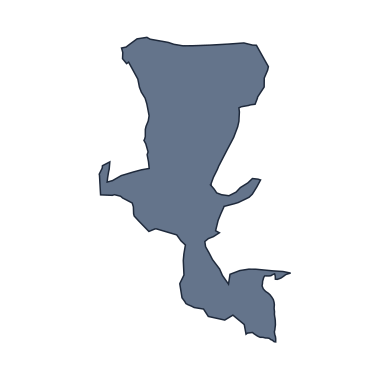 Bende, Abia, Nigeria, rotated 353°
{"feature_id": "59680162B50576086706147", "entity_name": "Bende", "entity_type": "district", "adm_level": 2, "iso_a3": "NGA", "parent_name": "Nigeria", "parent_adm1": "Abia", "projection": "robinson", "projection_center": [7.629, 5.638], "detail": "fine", "context": "isolated", "style": "filled", "palette": "slate", "viewbox_px": 384, "rotation_deg": 353, "n_neighbors": 0, "source": "geoboundaries", "source_scale": "gbopen_adm2", "svg_char_len": 2895}
<svg xmlns="http://www.w3.org/2000/svg" viewBox="0 0 384 384"><g transform="rotate(353 192 192)"><path d="M280.0,284.5L272.6,282.0L263.0,280.2L246.3,276.5L238.9,275.5L229.9,275.8L219.7,278.3L217.0,287.9L212.0,278.5L210.0,271.8L204.1,261.6L201.6,254.8L198.8,248.0L198.7,242.7L202.6,240.2L207.8,238.9L214.2,235.8L210.7,233.3L214.5,223.3L217.9,217.2L221.9,210.6L222.0,210.2L232.5,208.8L236.6,208.1L248.0,204.2L251.6,201.5L256.9,194.9L261.5,188.4L259.1,187.3L253.6,186.0L248.5,189.8L240.5,193.5L235.7,197.5L228.2,200.2L221.0,198.3L216.4,195.9L214.3,191.8L212.6,189.2L211.4,187.5L211.9,187.5L211.9,186.2L215.0,180.1L219.9,172.7L221.9,169.1L222.6,168.2L223.0,167.6L223.6,166.7L226.6,162.3L232.5,153.7L236.7,147.7L240.0,142.9L245.3,132.8L247.2,127.5L247.7,124.4L248.8,118.3L248.8,114.2L251.2,113.4L258.7,113.0L260.0,112.7L261.4,112.6L265.3,112.6L268.3,107.0L268.7,105.7L276.4,96.6L277.6,87.7L281.9,80.3L283.1,76.9L280.2,69.9L273.8,54.2L270.1,53.6L261.7,50.4L245.9,49.6L227.6,48.4L225.4,48.2L222.0,47.9L216.0,47.4L211.5,47.0L210.9,47.0L210.2,46.9L209.5,46.8L202.3,46.0L202.0,45.9L201.3,45.9L200.8,45.8L200.1,45.6L199.7,45.5L197.4,44.8L196.4,44.5L192.0,43.2L186.8,40.7L181.1,38.9L178.4,38.1L169.0,35.2L166.1,33.0L163.2,33.1L156.1,33.3L147.8,38.0L145.1,39.6L144.8,39.8L144.3,40.1L139.6,40.5L140.3,45.1L139.3,51.2L142.7,56.6L144.9,55.4L152.0,73.3L152.6,81.6L153.7,85.9L153.7,86.3L156.9,93.2L157.9,99.0L158.4,106.2L158.7,111.1L157.2,116.2L154.4,121.2L153.3,124.2L152.4,131.3L151.4,133.8L150.6,134.9L152.0,138.5L153.3,146.9L152.0,149.5L152.5,156.6L152.4,163.4L144.6,163.8L136.1,165.0L123.8,167.1L114.5,171.0L109.0,171.8L110.0,167.5L111.7,161.7L112.6,159.2L114.1,152.1L106.3,155.0L105.8,157.4L102.1,163.0L102.2,164.3L100.9,183.7L112.6,185.6L112.9,185.5L114.7,185.2L120.6,187.5L122.0,189.0L122.4,189.5L131.3,195.6L132.0,199.6L131.4,206.5L131.7,208.8L135.7,214.4L144.4,225.9L150.9,224.1L152.3,224.3L171.6,232.7L175.1,239.1L179.0,243.8L176.4,252.5L175.0,258.9L173.9,273.4L168.8,281.3L168.7,281.9L169.2,295.8L171.5,299.9L172.4,302.0L172.6,302.1L174.0,303.2L177.7,305.3L180.0,306.9L189.2,309.6L193.0,317.5L208.9,323.1L217.6,319.2L227.7,329.9L228.3,339.7L229.8,338.8L231.7,338.8L234.9,338.8L236.1,340.1L237.6,341.4L239.2,342.8L240.4,343.6L241.9,344.5L244.7,344.9L247.0,345.8L249.4,346.2L250.9,346.7L252.1,348.0L253.7,348.9L255.3,350.6L256.8,351.0L257.2,347.9L257.2,345.7L256.8,343.9L256.7,340.8L257.5,338.6L257.9,336.8L258.6,334.1L259.0,329.7L259.0,327.4L258.9,325.7L258.9,323.4L259.3,320.8L259.3,317.6L259.7,315.4L260.0,314.1L260.0,311.4L259.6,308.7L258.4,306.1L256.8,303.4L255.2,301.6L253.2,299.9L252.1,298.6L250.9,296.8L250.1,293.7L250.8,291.4L251.2,289.2L252.0,287.4L252.7,285.6L254.0,284.1L258.1,284.7L260.1,284.7L262.1,283.8L264.0,283.3L264.4,285.5L264.1,288.7L266.0,289.1L268.4,288.6L269.9,288.2L272.6,286.8L275.0,285.4L276.9,285.0L280.0,284.5Z" fill="#64748b" stroke="#1e293b" stroke-width="1.5"/></g></svg>